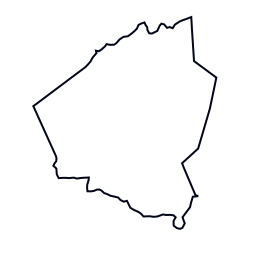 Juru, Paraíba, Brazil (Mercator projection), rotated 355°
{"feature_id": "56859067B46938052827534", "entity_name": "Juru", "entity_type": "district", "adm_level": 2, "iso_a3": "BRA", "parent_name": "Brazil", "parent_adm1": "Paraíba", "projection": "mercator", "projection_center": [-37.806, -7.51], "detail": "fine", "context": "isolated", "style": "outline", "palette": "ink", "viewbox_px": 256, "rotation_deg": 355, "n_neighbors": 0, "source": "geoboundaries", "source_scale": "gbopen_adm2", "svg_char_len": 1443}
<svg xmlns="http://www.w3.org/2000/svg" viewBox="0 0 256 256"><g transform="rotate(355 128 128)"><path d="M200.7,23.0L194.8,24.7L192.0,25.4L189.0,26.3L183.7,29.1L181.2,32.5L178.3,31.1L175.6,31.6L173.1,28.0L170.4,27.0L168.5,28.8L165.7,33.8L160.1,36.0L157.4,35.5L155.9,32.1L155.9,29.3L154.5,26.9L153.6,24.3L150.3,25.1L147.5,26.2L145.6,29.7L143.2,31.8L140.3,33.9L135.9,36.6L131.4,36.8L127.2,39.1L123.9,42.4L121.4,43.8L117.5,43.6L113.9,42.6L112.3,44.6L109.0,47.1L105.7,49.0L102.8,48.2L103.1,50.7L99.9,53.7L98.3,55.6L96.6,58.3L94.0,60.9L90.9,63.6L35.6,98.0L51.9,144.4L53.8,149.8L54.1,152.4L53.6,154.8L51.7,156.9L50.4,159.1L53.1,162.2L53.0,167.9L54.6,171.9L59.2,172.0L62.0,172.3L64.9,172.8L69.4,172.7L72.7,173.9L76.3,173.7L79.1,173.7L84.7,173.9L84.2,176.6L82.5,180.8L82.0,184.0L82.1,187.5L85.9,187.9L88.9,187.6L91.5,186.7L94.3,186.8L96.4,188.3L98.6,190.8L101.5,192.0L104.5,193.9L108.0,195.0L112.0,196.3L114.3,199.1L117.3,201.0L120.6,200.5L122.2,204.6L123.4,207.7L126.9,210.2L131.2,212.6L133.5,214.5L135.7,217.5L138.4,217.6L141.9,217.8L145.7,218.7L149.4,218.7L152.6,217.9L155.5,217.2L158.5,218.0L162.4,218.2L165.7,218.9L167.7,221.1L165.3,224.6L165.0,229.2L167.8,231.9L171.0,233.0L173.5,232.2L176.2,228.0L175.2,224.3L174.6,221.6L182.9,212.3L184.3,207.9L186.6,202.1L192.0,202.0L189.3,200.6L180.3,172.9L178.8,167.8L196.1,154.6L211.2,116.0L216.7,97.8L220.4,85.5L199.6,67.1L200.3,35.6L200.7,23.0Z" fill="none" stroke="#020617" stroke-width="2"/></g></svg>